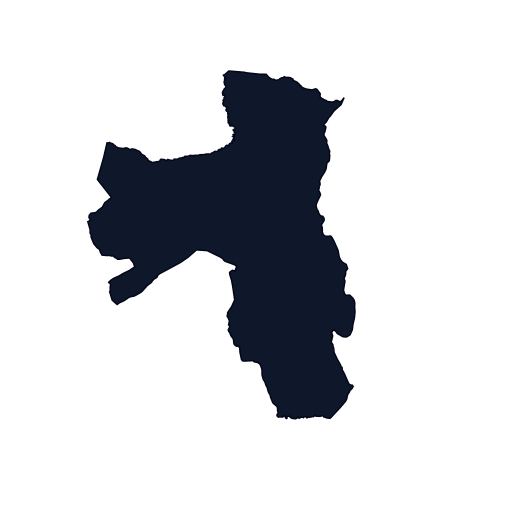 General Güemes, Salta, Argentina, rotated 334°
{"feature_id": "61730980B57744536697119", "entity_name": "General Güemes", "entity_type": "district", "adm_level": 2, "iso_a3": "ARG", "parent_name": "Argentina", "parent_adm1": "Salta", "projection": "robinson", "projection_center": [-64.976, -24.808], "detail": "fine", "context": "isolated", "style": "filled", "palette": "ink", "viewbox_px": 512, "rotation_deg": 334, "n_neighbors": 0, "source": "geoboundaries", "source_scale": "gbopen_adm2", "svg_char_len": 6130}
<svg xmlns="http://www.w3.org/2000/svg" viewBox="0 0 512 512"><g transform="rotate(334 256 256)"><path d="M171.7,89.0L162.4,100.5L147.0,117.7L151.7,139.5L150.4,140.6L148.9,140.5L147.8,141.0L143.4,141.8L139.3,144.8L134.5,145.6L132.6,146.4L131.1,146.7L126.4,145.2L124.0,146.3L122.9,147.8L122.7,149.0L123.0,151.3L119.9,151.4L118.4,159.9L117.1,162.2L116.9,163.5L117.2,164.5L116.1,166.7L115.6,173.9L116.8,178.8L118.2,181.5L117.8,184.6L118.0,187.7L122.7,190.5L124.0,190.8L124.2,191.3L125.7,192.0L126.1,192.7L127.6,193.3L128.7,195.9L129.4,196.2L130.1,198.2L131.9,199.1L136.6,200.4L141.5,202.3L142.8,208.4L142.4,211.8L141.9,212.6L140.4,213.0L139.5,212.9L136.4,213.5L128.2,213.5L124.9,213.9L118.4,213.7L115.2,214.1L112.1,215.0L112.2,215.8L112.7,216.5L112.8,218.0L111.4,219.8L109.8,223.2L108.8,224.0L107.4,232.6L109.9,238.7L112.9,238.2L118.2,238.3L123.2,237.5L125.1,237.5L128.6,238.5L130.4,238.6L136.1,238.2L137.7,238.0L145.3,234.9L150.4,233.9L152.1,232.8L154.6,232.0L157.1,231.8L158.3,231.3L158.8,230.4L161.4,229.7L185.5,228.7L194.4,227.3L205.2,224.4L214.5,229.8L223.4,241.2L225.1,244.0L225.2,245.7L225.9,247.2L233.1,254.7L234.0,257.0L230.6,260.2L228.4,258.5L225.1,259.1L224.3,261.2L223.4,267.1L221.8,272.9L217.6,286.1L211.8,290.9L205.9,294.3L203.6,297.7L203.9,299.0L203.7,302.2L203.1,303.5L201.2,305.8L201.5,307.3L201.2,308.4L198.8,310.0L198.4,311.6L198.8,313.2L198.5,316.7L199.3,320.5L197.7,325.4L198.0,327.0L198.9,328.5L200.0,328.9L201.3,331.0L199.4,335.5L197.6,342.5L197.9,344.3L199.4,345.3L207.8,348.9L207.9,350.2L210.8,352.5L211.8,354.2L212.2,355.9L211.8,359.6L211.3,361.4L209.3,365.5L208.4,370.5L208.7,371.6L208.7,374.1L208.3,376.2L208.4,379.9L207.9,381.2L207.5,384.4L207.8,386.9L207.2,389.3L206.8,394.8L207.0,396.2L208.9,400.4L208.7,402.0L207.6,404.5L207.3,406.2L206.7,407.2L205.6,407.6L204.8,408.8L205.5,410.7L207.0,411.0L209.0,412.3L209.9,412.4L210.9,411.7L211.3,411.9L211.6,412.3L211.8,415.1L212.2,415.5L212.8,415.3L213.5,413.7L215.9,414.7L216.2,416.3L217.3,417.8L220.1,419.6L221.4,419.7L223.1,419.1L223.5,420.7L226.6,420.8L227.8,422.1L228.7,421.7L229.8,421.8L230.3,422.4L230.8,423.8L232.2,423.8L235.1,424.9L236.5,425.0L237.2,425.6L238.6,425.3L239.4,424.8L239.8,425.2L239.7,426.3L242.9,428.0L245.9,428.8L246.4,429.6L246.5,430.7L247.5,430.8L248.2,432.3L251.2,434.2L252.1,434.2L265.0,429.2L272.6,425.9L274.6,424.5L277.3,421.1L278.8,420.0L280.2,419.3L281.3,418.2L284.2,417.2L286.1,415.9L286.0,414.4L284.5,413.5L283.5,411.9L283.4,410.9L283.8,399.9L283.6,396.1L284.5,393.8L283.9,392.5L284.2,391.0L283.8,384.3L283.9,376.9L285.5,372.7L285.4,371.9L286.2,369.4L285.8,365.9L286.9,365.2L289.9,361.4L290.4,358.0L292.7,356.5L293.6,356.9L294.7,358.5L295.1,361.3L298.6,366.5L300.7,367.9L302.4,368.5L306.1,368.0L310.2,364.5L313.1,360.0L317.3,354.8L320.5,349.6L322.5,344.6L324.1,341.8L324.8,339.0L324.6,336.4L323.1,332.2L319.9,330.9L319.3,330.2L319.1,328.7L319.6,325.1L325.0,317.5L325.1,315.1L328.3,312.0L330.0,309.0L332.8,307.6L333.4,303.1L331.0,299.5L330.3,296.4L330.4,293.3L332.2,286.9L332.6,277.5L332.4,272.5L331.8,270.7L329.3,269.8L326.9,268.5L325.8,266.2L326.3,262.9L327.0,261.9L328.2,258.8L328.1,257.5L328.7,256.5L332.8,253.9L333.5,252.6L333.7,251.2L333.4,249.6L331.9,248.4L331.4,247.6L331.2,245.0L331.6,242.5L331.2,241.2L332.0,237.0L334.1,234.7L340.7,229.4L341.1,228.1L341.2,223.8L342.6,222.7L343.1,221.2L344.7,220.2L345.6,218.3L345.8,216.6L349.9,213.4L354.5,210.6L357.2,208.4L360.4,203.6L363.1,202.8L363.9,202.1L366.4,197.9L366.8,196.0L368.0,194.5L368.3,193.2L368.1,192.4L368.8,188.5L368.9,185.7L370.3,183.2L370.4,181.9L369.9,177.3L371.3,175.1L372.2,174.7L375.1,171.2L375.4,170.4L375.1,169.6L374.4,168.6L374.4,167.9L374.9,167.4L377.9,166.3L382.2,163.4L384.1,162.8L389.6,159.8L398.8,157.2L404.6,152.3L400.8,154.2L399.5,154.2L398.1,153.3L397.5,152.0L395.8,151.1L394.2,151.5L392.2,151.2L388.6,148.9L387.6,148.0L387.1,146.8L386.1,145.9L383.3,141.6L384.0,139.6L384.9,138.3L383.8,132.8L382.7,131.8L379.2,131.3L374.5,128.1L372.5,126.1L371.0,123.9L371.0,122.6L370.3,121.7L370.2,120.5L368.9,117.4L366.4,114.5L366.8,113.3L364.7,110.4L361.0,108.5L360.1,107.3L358.0,107.5L357.3,107.1L355.3,107.1L354.0,107.5L351.6,107.1L350.4,106.3L349.8,105.2L347.8,104.1L345.9,101.1L344.8,97.1L339.1,94.3L327.5,87.0L326.3,85.9L312.7,77.8L307.3,79.3L306.1,79.1L305.9,79.5L306.3,80.5L306.2,81.6L307.1,82.5L306.9,83.0L305.6,82.8L304.5,84.7L303.6,85.6L303.3,86.4L303.4,87.6L302.9,88.2L303.6,90.1L301.9,91.7L300.9,91.8L297.6,94.2L296.8,96.4L296.8,97.2L297.8,97.4L298.3,97.8L298.0,98.3L298.1,98.9L297.7,99.6L296.8,99.6L296.2,100.8L294.7,101.6L295.1,102.3L293.7,103.5L292.9,104.8L292.9,106.7L293.6,107.0L294.1,108.4L294.6,108.9L294.4,110.6L293.1,111.4L292.9,112.4L293.5,113.5L293.7,114.8L292.8,116.0L292.7,117.8L291.9,118.1L291.5,118.6L291.6,119.9L290.9,120.4L290.9,121.8L290.1,122.2L290.1,122.9L291.0,123.8L290.6,124.2L289.5,124.0L289.5,124.4L290.1,125.0L290.2,125.7L289.6,126.3L289.7,127.7L290.6,128.3L291.6,127.6L292.2,129.1L293.5,130.9L293.5,132.1L292.3,132.6L291.0,132.5L290.6,133.2L291.3,134.4L290.7,135.2L291.3,136.6L290.3,137.6L289.4,136.8L288.6,136.8L288.4,137.2L289.1,138.5L289.0,139.0L287.7,138.6L288.3,139.7L287.2,140.4L287.5,142.2L286.8,142.5L286.9,141.6L286.2,141.4L285.9,142.8L284.6,142.3L284.2,144.0L283.0,143.4L281.4,143.5L280.7,144.5L279.8,144.2L278.8,144.5L278.4,143.7L277.0,143.8L275.1,145.0L274.0,144.9L272.4,143.9L271.7,144.2L271.6,144.9L271.0,145.4L269.7,144.1L268.5,144.2L267.9,145.1L266.2,144.8L265.2,144.0L264.6,143.9L262.2,144.3L261.4,144.0L259.4,144.5L257.7,143.2L257.0,143.2L255.8,142.4L254.0,142.2L250.1,140.4L247.6,140.1L247.1,139.5L243.2,138.0L241.0,136.7L238.3,136.5L235.8,135.2L233.6,135.9L233.0,135.1L231.6,135.3L230.5,134.5L227.6,134.5L224.9,133.0L224.1,133.7L222.8,133.4L220.8,132.2L219.0,130.5L217.1,131.0L216.1,129.3L213.1,127.4L212.4,127.4L211.3,128.4L210.5,128.5L203.4,126.4L202.8,124.9L201.6,124.0L201.0,122.3L201.1,121.1L200.0,118.9L199.8,117.1L197.9,114.6L197.2,111.1L193.9,107.1L191.6,105.4L190.0,105.3L189.2,104.8L187.5,102.5L186.7,101.8L183.8,101.2L179.4,98.3L179.2,97.7L178.2,97.0L177.8,95.1L176.7,93.4L176.5,92.3L174.7,90.7L174.1,89.7L172.8,89.6L171.7,89.0Z" fill="#0f172a" stroke="#020617" stroke-width="1.5"/></g></svg>